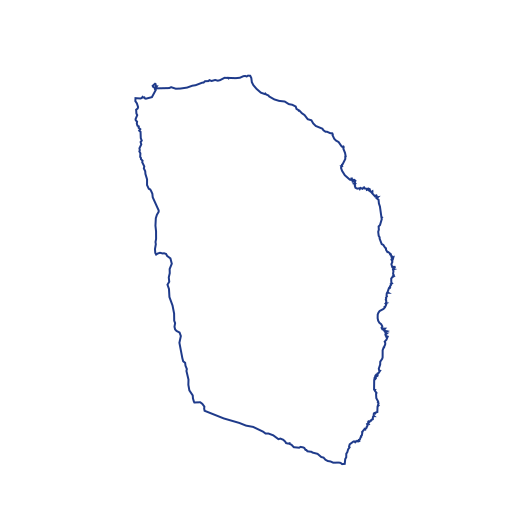 the district of Nossa Senhora Da Ajuda, Mosteiros, Cabo Verde, rotated 24°
{"feature_id": "66160863B13080281314211", "entity_name": "Nossa Senhora Da Ajuda", "entity_type": "district", "adm_level": 2, "iso_a3": "CPV", "parent_name": "Cabo Verde", "parent_adm1": "Mosteiros", "projection": "mercator", "projection_center": [-24.32, 15.001], "detail": "fine", "context": "isolated", "style": "outline", "palette": "blue", "viewbox_px": 512, "rotation_deg": 24, "n_neighbors": 0, "source": "geoboundaries", "source_scale": "gbopen_adm2", "svg_char_len": 6121}
<svg xmlns="http://www.w3.org/2000/svg" viewBox="0 0 512 512"><g transform="rotate(24 256 256)"><path d="M421.6,409.8L420.1,405.2L420.3,403.2L418.9,399.9L419.2,398.1L418.8,395.1L419.3,392.7L418.5,392.2L418.2,389.9L420.5,385.8L421.2,385.4L422.3,385.8L422.5,384.8L423.7,384.4L424.3,383.5L425.0,383.7L425.3,383.4L424.7,383.2L425.1,383.0L424.8,382.1L425.5,381.6L425.3,378.7L425.6,378.4L425.2,377.7L425.6,376.8L425.0,374.1L424.5,373.7L425.4,370.4L426.2,370.2L425.8,369.5L426.4,369.3L426.9,367.8L426.6,367.4L426.9,365.5L425.9,364.4L426.8,363.8L425.7,363.5L427.0,363.4L426.0,362.2L426.8,361.6L426.6,361.3L427.2,361.3L427.6,359.6L428.2,359.5L428.4,358.2L429.1,357.6L428.3,355.5L428.5,354.6L429.1,354.3L428.4,354.1L427.7,351.9L428.1,351.2L429.0,351.3L429.1,350.2L430.3,349.2L428.3,344.2L428.7,342.8L428.1,342.8L427.8,340.6L426.8,340.1L426.8,339.3L423.7,336.9L421.7,333.0L421.8,332.1L419.6,330.9L419.1,330.3L419.2,329.9L418.2,330.0L414.4,321.2L414.2,319.9L415.0,319.9L415.1,319.2L414.0,319.0L414.2,318.4L414.9,318.3L414.7,317.9L414.0,318.1L413.8,317.0L414.9,316.6L414.0,316.0L414.2,315.3L415.5,315.2L414.9,313.7L415.6,313.0L416.0,310.4L415.2,310.6L414.0,309.0L413.6,304.7L412.5,302.0L413.1,298.5L412.9,297.1L410.0,290.5L409.8,287.5L410.9,286.9L410.0,287.0L410.0,284.4L409.5,282.9L408.4,281.9L409.2,279.4L409.1,276.4L408.0,276.9L407.6,276.4L407.9,276.1L407.0,276.1L406.2,275.2L406.8,274.0L406.1,274.4L405.3,273.0L406.5,271.4L405.9,271.5L405.0,272.7L404.5,272.7L404.0,272.3L404.6,270.9L403.6,272.1L402.7,271.5L403.3,269.9L402.3,270.3L402.1,271.5L401.3,271.6L399.9,270.5L400.2,269.3L399.8,268.7L398.1,267.4L395.8,266.8L393.9,265.4L392.4,263.3L391.0,260.0L390.9,258.0L391.3,256.0L394.0,252.5L394.6,250.7L394.2,250.2L394.7,249.8L394.7,247.4L393.7,246.8L394.4,245.9L393.8,246.0L393.4,244.2L392.3,243.1L392.4,242.2L391.7,241.3L392.0,239.5L391.4,239.1L390.7,237.2L390.7,236.3L391.8,235.8L390.9,235.7L390.5,231.6L391.1,231.1L390.7,230.7L391.2,229.9L390.7,229.3L391.1,227.6L390.5,226.8L391.4,225.7L390.4,225.2L388.7,221.6L389.1,220.0L390.1,218.5L389.3,218.4L389.6,217.4L388.5,216.6L387.7,213.9L386.7,212.7L387.4,212.0L386.8,212.1L386.7,211.4L386.1,211.2L387.8,209.2L384.8,210.5L383.0,208.4L383.0,205.9L381.1,204.0L381.3,203.5L381.9,203.8L381.8,203.1L382.3,203.2L382.1,201.9L381.7,202.6L380.4,201.9L380.6,201.0L379.5,201.0L378.6,199.7L378.0,199.9L378.0,199.4L375.3,198.6L374.5,199.0L372.2,197.4L371.6,196.1L370.5,195.9L367.8,194.1L366.0,194.0L361.9,189.9L361.3,188.6L359.9,187.7L357.8,184.2L357.5,182.0L356.0,179.1L356.7,177.3L355.9,171.2L355.1,170.0L355.3,169.5L354.7,169.4L349.1,160.4L346.9,158.0L345.1,154.8L342.8,154.2L343.4,152.7L342.6,153.2L342.1,152.6L341.3,152.5L341.4,150.8L340.7,153.2L336.1,151.2L335.7,150.5L336.3,150.0L336.0,149.5L335.2,150.7L334.5,150.6L334.7,149.6L334.2,150.5L332.9,150.1L333.4,148.6L333.1,149.2L332.7,148.7L332.0,148.7L332.6,149.5L332.2,150.0L331.6,149.4L330.5,150.4L330.2,149.5L327.8,150.1L326.9,149.3L326.4,149.7L326.0,151.3L323.8,151.3L323.6,152.6L322.9,152.1L321.1,153.3L319.1,153.2L317.8,151.8L318.3,150.8L317.9,151.2L317.1,150.6L317.3,149.7L316.1,149.9L316.6,148.7L316.0,148.0L316.4,146.1L315.3,147.7L314.2,145.8L314.8,147.8L314.4,148.0L314.0,146.6L313.7,148.3L312.0,146.2L311.7,146.4L312.5,147.4L312.0,147.7L311.6,147.1L311.7,147.7L310.7,148.1L304.3,146.1L300.0,143.2L297.9,141.0L297.5,139.7L297.9,139.3L297.3,139.1L297.8,138.6L297.4,137.6L297.8,137.2L298.1,131.1L297.1,128.8L297.4,128.5L295.4,125.6L292.2,122.5L291.8,120.8L291.3,120.4L290.4,121.2L289.2,120.8L285.1,118.3L282.1,118.0L279.8,117.1L276.7,114.4L276.7,113.7L275.8,112.9L273.9,113.6L270.3,113.6L268.9,114.2L266.4,113.7L264.9,112.7L257.7,112.9L254.3,111.6L251.4,109.5L247.6,110.0L243.0,107.5L239.8,106.9L236.5,105.5L236.0,105.9L235.3,105.4L233.2,105.2L231.5,103.3L227.6,103.1L224.2,103.9L219.4,103.2L214.0,104.9L209.0,105.5L203.1,104.9L202.1,104.3L199.4,104.3L198.4,103.8L198.0,104.5L194.0,104.8L188.5,103.1L184.1,101.0L181.5,98.9L179.3,95.3L177.4,93.7L175.3,94.5L174.5,95.8L172.9,95.9L171.3,96.9L168.8,99.7L165.1,101.8L158.9,104.3L158.7,104.9L157.1,104.4L157.6,104.9L154.8,106.0L151.6,110.0L149.8,111.4L147.1,111.8L144.2,114.2L141.9,114.3L141.5,115.5L138.3,117.1L137.6,118.9L136.4,119.5L131.4,124.5L128.6,126.3L124.5,130.2L118.8,133.8L114.7,135.8L109.8,136.3L108.4,137.9L97.2,143.2L96.1,142.8L96.4,141.3L95.6,141.6L94.2,139.7L93.7,139.7L92.4,142.6L93.2,143.3L94.7,143.3L95.9,144.8L96.9,145.2L96.3,153.2L91.4,157.1L90.4,157.2L89.5,156.5L88.4,157.2L87.7,156.8L87.1,158.4L86.4,159.1L81.7,160.8L82.8,163.6L85.1,165.0L87.7,167.9L87.9,169.4L87.0,171.1L88.8,174.5L90.2,175.6L90.3,180.0L91.0,181.0L92.7,181.6L93.2,183.4L94.7,185.2L96.2,185.3L96.6,186.6L98.7,187.2L98.3,189.0L100.0,189.5L102.8,195.2L104.7,197.1L104.2,198.8L105.8,200.7L105.7,205.0L106.8,206.6L106.9,207.9L108.6,209.2L109.9,212.6L111.0,213.2L111.5,214.3L113.6,215.1L113.9,216.6L117.5,219.6L117.9,221.6L120.3,223.6L121.6,226.0L125.3,230.3L127.6,235.5L130.7,238.2L132.3,238.2L133.9,239.4L136.0,241.3L137.8,244.4L148.5,253.9L149.1,255.2L148.7,258.6L149.1,262.2L151.8,269.2L154.7,274.2L157.8,281.1L158.5,284.1L159.7,286.0L160.9,290.8L162.7,294.1L164.2,295.3L165.1,293.8L167.0,292.1L169.9,291.6L170.8,290.9L173.0,290.7L174.8,292.1L178.8,293.0L182.2,297.3L182.4,303.0L184.2,306.8L185.0,311.0L187.2,314.8L186.8,318.2L189.9,321.5L193.6,328.7L199.9,335.2L204.6,341.9L207.6,348.4L209.4,350.2L210.3,353.8L212.0,356.0L213.9,356.8L217.3,357.0L219.9,359.7L221.3,366.4L230.2,379.2L232.3,381.8L234.7,382.4L236.2,384.9L238.8,387.4L239.2,389.3L244.6,396.4L246.6,401.2L249.8,405.9L254.9,409.1L256.3,411.7L258.5,414.3L259.3,414.9L264.5,412.3L267.1,412.9L270.1,414.6L270.7,416.5L272.0,418.3L292.6,417.5L308.6,415.3L315.9,415.0L322.9,413.3L333.9,413.6L337.0,414.3L339.7,413.1L344.7,412.8L351.0,414.2L352.5,412.9L355.6,412.8L358.2,413.7L359.6,414.7L361.7,414.3L362.8,413.4L363.2,414.0L365.2,414.0L368.3,415.3L373.4,413.6L374.3,412.3L376.8,411.7L378.2,411.7L380.1,413.0L380.9,412.7L382.4,413.5L386.4,412.3L387.5,412.6L392.7,411.7L397.4,413.1L399.7,412.7L402.3,413.9L405.0,414.1L407.6,413.4L410.6,413.4L415.8,411.0L417.4,410.6L419.3,411.1L421.6,409.8Z" fill="none" stroke="#1e3a8a" stroke-width="2"/></g></svg>